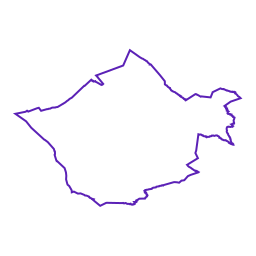 outline of Elverum nor, Hedmark, Norway
{"feature_id": "86288312B6884926742190", "entity_name": "Elverum nor", "entity_type": "district", "adm_level": 2, "iso_a3": "NOR", "parent_name": "Norway", "parent_adm1": "Hedmark", "projection": "robinson", "projection_center": [11.871, 60.973], "detail": "fine", "context": "isolated", "style": "outline", "palette": "violet", "viewbox_px": 256, "rotation_deg": 0, "n_neighbors": 0, "source": "geoboundaries", "source_scale": "gbopen_adm2", "svg_char_len": 5785}
<svg xmlns="http://www.w3.org/2000/svg" viewBox="0 0 256 256"><path d="M100.2,205.8L106.1,202.9L106.8,202.8L122.4,203.1L123.1,202.9L123.5,203.0L123.7,203.3L124.1,203.4L125.7,203.0L126.8,203.7L127.6,203.9L128.0,203.8L129.6,204.0L129.9,204.2L130.4,203.7L130.7,203.7L131.4,204.5L132.0,204.7L132.5,204.7L132.6,204.4L133.2,204.1L133.8,204.4L134.8,203.9L134.8,203.2L134.6,202.9L134.6,202.6L134.2,202.0L135.5,202.0L136.0,202.2L136.4,202.0L136.3,201.4L136.2,201.2L136.7,201.0L136.8,200.7L136.5,200.3L136.9,200.1L137.2,200.4L137.4,200.4L137.7,199.7L138.2,199.5L139.1,198.8L139.9,198.6L140.6,198.7L141.7,198.6L145.0,198.6L145.4,198.1L145.4,197.6L146.9,196.5L146.8,196.2L147.3,195.7L146.8,195.3L146.8,195.0L147.0,194.7L146.6,194.5L146.2,193.8L146.4,193.4L146.1,193.2L146.1,192.9L145.1,192.8L144.9,192.6L145.1,192.3L144.9,192.2L144.9,191.7L145.1,191.5L144.7,191.2L144.9,190.9L144.6,190.8L144.5,190.7L145.3,190.0L145.9,190.1L146.4,189.8L148.0,189.6L148.8,189.3L151.7,188.9L151.8,188.8L151.7,188.7L151.8,188.5L152.3,188.2L153.2,187.7L155.9,187.4L156.4,186.7L157.8,186.5L158.6,186.4L158.8,186.2L159.4,186.2L159.5,186.0L160.0,185.8L160.6,185.8L161.5,185.7L162.1,185.2L162.7,185.3L163.0,185.5L163.2,185.2L173.7,182.2L174.5,182.1L177.1,182.3L179.1,182.7L181.5,180.6L182.7,180.5L184.3,180.2L187.9,176.1L190.9,174.8L198.5,172.3L198.6,172.2L198.2,172.0L197.8,171.6L197.3,171.4L197.0,171.1L195.8,170.7L195.5,171.1L195.3,171.0L194.8,170.6L193.6,169.9L192.6,169.1L191.7,168.6L191.5,168.3L190.1,167.4L189.2,167.0L187.8,165.8L187.5,165.2L187.1,164.8L197.9,158.2L195.4,153.0L196.2,150.5L198.4,134.3L199.4,134.7L200.1,134.4L200.5,134.6L201.2,134.6L201.9,135.2L202.5,135.2L202.5,135.5L203.1,135.7L203.4,136.1L204.6,136.3L205.1,136.2L205.7,136.3L205.6,136.6L205.9,136.7L206.2,137.1L206.7,137.3L207.6,136.8L209.1,136.9L209.9,136.3L210.2,136.4L210.8,136.1L211.5,136.1L212.0,135.8L212.0,135.6L213.3,135.5L213.9,135.8L214.3,135.9L215.6,135.5L216.7,135.4L217.2,135.5L217.7,136.0L218.5,136.2L218.9,136.5L219.2,136.8L219.1,137.0L219.4,137.5L219.4,137.8L220.1,137.9L220.8,138.3L221.0,138.7L221.4,138.7L222.1,139.6L222.9,139.7L223.4,140.1L224.2,140.3L224.5,140.2L225.8,140.2L226.3,140.8L227.0,141.0L228.3,141.8L228.9,142.3L228.9,142.8L229.5,143.0L229.7,143.3L230.3,143.5L231.0,144.0L231.7,144.2L232.0,144.3L232.6,144.1L232.8,144.6L233.4,144.7L233.3,144.2L232.6,143.4L231.7,143.0L231.3,142.5L231.1,141.5L230.8,141.1L230.7,139.7L230.2,139.0L230.4,138.3L229.5,137.0L229.6,136.8L229.1,136.3L229.0,135.9L228.4,135.2L228.1,134.4L228.1,133.9L227.9,133.6L227.5,133.4L227.4,132.9L227.1,132.6L226.8,132.0L226.7,131.4L227.0,130.4L226.8,130.0L226.6,128.9L226.8,127.8L227.1,127.1L227.6,126.8L228.1,126.9L228.7,126.6L230.2,127.0L231.3,126.7L232.0,126.8L232.3,126.8L232.3,126.6L233.0,126.1L232.4,125.6L231.9,124.8L231.4,124.4L231.8,124.3L232.3,123.8L232.8,123.8L233.2,123.7L233.8,123.8L234.1,123.6L234.1,123.2L233.7,122.9L234.0,122.4L233.8,121.8L233.6,120.3L234.2,118.9L234.5,117.6L233.2,117.1L233.3,116.5L232.4,116.2L232.3,115.9L231.9,115.7L232.0,115.5L231.8,115.4L231.3,115.1L231.4,114.7L231.1,114.7L230.9,114.5L230.4,114.6L230.4,114.4L230.6,114.4L230.6,114.2L229.9,114.0L229.6,114.0L229.0,113.8L228.2,114.0L227.5,113.4L227.5,113.1L227.8,112.9L227.7,112.7L228.0,111.7L228.3,111.5L227.5,111.1L227.8,110.9L227.2,110.4L227.4,110.1L226.8,109.8L226.9,109.7L226.6,109.3L226.7,109.1L226.8,108.8L227.1,108.7L227.1,108.4L225.9,108.2L225.8,107.1L225.4,106.7L225.0,106.7L225.0,106.3L225.2,106.2L224.6,105.9L230.7,101.6L240.6,98.2L239.4,97.0L238.0,96.2L237.5,95.4L236.5,94.3L235.5,93.5L235.1,93.4L235.0,93.2L234.9,92.9L235.2,92.6L235.1,92.4L235.3,92.2L235.2,92.1L234.2,92.1L234.1,91.9L233.5,92.1L232.6,92.0L232.6,91.8L232.7,91.7L232.2,91.6L231.9,91.7L231.8,91.9L231.2,91.8L230.7,91.6L230.2,91.7L229.8,91.3L228.5,90.9L228.1,90.9L227.8,90.7L227.1,90.4L226.6,90.5L226.3,90.2L225.7,90.1L224.5,89.4L223.8,89.3L223.6,89.0L222.2,89.1L220.4,88.4L212.6,92.2L212.3,93.2L210.6,97.4L201.3,96.4L200.8,96.7L198.0,95.1L197.0,94.7L196.6,94.3L196.3,94.4L195.4,94.1L185.6,100.4L185.4,100.3L185.4,100.0L185.6,99.7L185.7,99.3L184.5,99.1L184.3,98.9L183.8,98.9L183.7,98.7L183.9,98.6L182.8,97.9L182.8,97.7L180.7,96.7L180.4,96.3L180.5,96.2L180.2,96.1L180.3,95.8L179.4,95.4L179.4,95.2L178.8,95.0L178.2,94.4L177.6,94.3L177.1,93.6L176.0,93.1L175.4,92.4L173.3,91.6L172.7,91.2L172.4,91.2L172.2,90.9L171.3,90.5L171.1,90.3L171.1,90.0L170.8,89.7L170.4,89.1L170.0,88.7L170.1,88.4L170.0,88.0L169.4,87.9L168.8,87.5L168.6,87.2L167.8,86.8L167.7,86.5L166.9,85.8L166.9,85.6L166.5,85.5L164.9,84.4L164.8,81.2L160.0,75.2L151.3,65.1L151.2,64.8L150.8,64.5L150.1,64.5L150.2,64.3L150.0,64.1L148.8,63.4L148.3,62.8L147.8,62.5L147.1,61.3L146.3,61.1L145.5,60.3L144.5,59.9L143.0,58.8L142.2,58.6L139.8,57.2L129.9,50.2L123.2,65.5L96.1,75.5L97.2,76.7L97.5,76.8L97.6,77.2L103.2,83.9L102.5,84.6L102.0,84.3L101.3,84.9L97.0,82.4L95.3,81.6L95.1,81.4L95.1,81.2L93.6,81.6L93.0,81.3L93.4,81.0L92.8,80.6L92.0,80.3L91.3,79.7L84.6,85.9L84.2,85.8L71.8,97.7L69.6,98.9L68.1,100.3L67.2,100.8L65.3,102.4L57.6,107.0L56.0,107.2L55.3,107.5L52.5,107.6L51.7,107.8L50.2,108.6L48.5,108.8L48.0,109.1L47.1,109.1L41.1,110.8L38.8,107.8L37.2,108.2L28.2,111.6L27.4,110.8L27.1,110.7L25.7,111.7L24.9,111.9L15.4,113.8L26.1,121.3L31.2,127.7L44.2,139.6L44.9,139.9L47.8,142.1L53.9,149.0L54.5,151.2L54.8,151.3L54.9,151.7L55.0,154.2L54.6,154.8L56.3,160.3L56.8,160.8L56.8,161.1L57.1,161.1L64.6,168.1L65.8,171.9L66.0,172.8L66.3,175.8L66.1,179.4L67.3,183.9L67.6,184.7L69.2,186.0L71.4,189.8L71.7,190.6L71.8,192.3L73.9,191.6L77.9,193.6L80.6,193.4L84.3,194.9L85.0,195.5L86.5,195.6L89.2,196.7L89.3,196.9L89.2,197.2L89.3,197.3L89.8,197.6L89.7,197.7L89.8,197.8L90.3,197.9L91.0,198.2L92.1,198.8L93.2,199.1L92.8,199.4L93.4,199.6L93.2,199.8L93.3,199.9L93.3,200.1L93.6,200.2L94.1,200.8L100.2,205.8Z" fill="none" stroke="#5b21b6" stroke-width="2"/></svg>